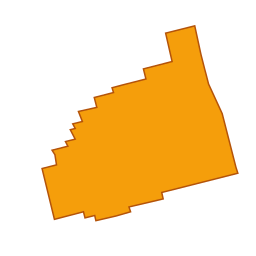 Reynolds, Missouri, United States of America, rotated 75°
{"feature_id": "52423323B46957105965070", "entity_name": "Reynolds", "entity_type": "district", "adm_level": 2, "iso_a3": "USA", "parent_name": "United States of America", "parent_adm1": "Missouri", "projection": "robinson", "projection_center": [-90.999, 37.327], "detail": "fine", "context": "isolated", "style": "filled", "palette": "amber", "viewbox_px": 256, "rotation_deg": 75, "n_neighbors": 0, "source": "geoboundaries", "source_scale": "gbopen_adm2", "svg_char_len": 625}
<svg xmlns="http://www.w3.org/2000/svg" viewBox="0 0 256 256"><g transform="rotate(75 128 128)"><path d="M197.2,222.7L197.4,192.7L203.7,192.8L203.9,182.8L209.2,183.0L209.9,162.2L209.6,147.2L204.5,147.5L205.6,112.4L199.0,112.1L200.1,33.6L193.9,33.9L138.5,33.3L106.4,38.8L96.2,38.7L91.0,38.7L75.7,38.5L46.6,37.1L46.1,67.1L75.2,68.2L74.9,97.8L85.3,98.0L85.0,123.0L85.0,133.0L90.0,132.8L89.8,152.7L100.0,152.8L99.2,171.6L109.9,170.4L109.7,180.3L114.8,179.1L114.7,184.2L125.1,181.9L124.9,191.9L130.0,190.8L129.8,207.1L134.9,205.5L145.1,206.6L144.9,221.5L197.2,222.7Z" fill="#f59e0b" stroke="#b45309" stroke-width="1.5"/></g></svg>